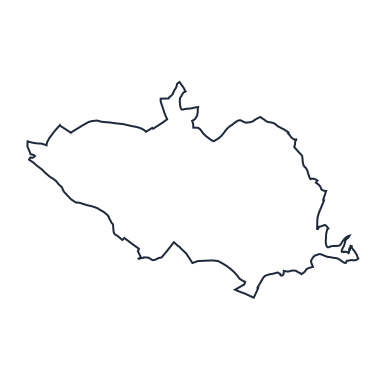 Madaras, Mures, Romania, rotated 355°
{"feature_id": "2599482B13293210118033", "entity_name": "Madaras", "entity_type": "district", "adm_level": 2, "iso_a3": "ROU", "parent_name": "Romania", "parent_adm1": "Mures", "projection": "mercator", "projection_center": [24.418, 46.612], "detail": "fine", "context": "isolated", "style": "outline", "palette": "slate", "viewbox_px": 384, "rotation_deg": 355, "n_neighbors": 0, "source": "geoboundaries", "source_scale": "gbopen_adm2", "svg_char_len": 6054}
<svg xmlns="http://www.w3.org/2000/svg" viewBox="0 0 384 384"><g transform="rotate(355 192 192)"><path d="M293.3,141.3L292.4,140.1L292.0,139.8L290.7,139.0L288.7,137.4L286.8,136.3L284.4,134.7L283.5,134.2L282.3,133.1L281.7,132.3L281.2,132.0L280.9,131.7L279.6,130.6L277.5,129.8L274.4,129.0L273.2,128.6L272.1,128.0L270.8,126.7L270.2,126.1L268.6,125.0L267.8,124.2L267.1,123.6L266.6,123.3L266.3,123.3L265.9,123.4L264.9,123.9L262.9,124.6L262.3,124.9L261.8,125.2L260.7,125.7L260.2,126.0L259.9,126.4L259.5,126.6L256.6,127.5L255.9,127.6L255.1,127.6L254.5,127.5L252.4,127.7L251.3,127.4L250.0,126.9L249.0,126.3L247.4,125.2L246.2,124.7L245.1,124.7L243.1,125.3L240.0,127.0L237.5,128.8L235.6,129.6L234.9,130.1L232.5,132.0L230.6,133.9L228.8,136.0L226.1,138.7L223.8,140.5L222.0,141.4L221.2,141.8L218.5,143.2L218.0,143.3L216.8,142.7L215.6,141.9L212.4,139.0L211.6,138.3L210.7,137.5L208.9,135.4L207.7,133.8L206.7,132.0L205.7,130.4L205.2,129.9L204.3,129.1L203.9,128.8L203.4,128.6L202.4,128.4L198.9,128.0L199.1,125.0L198.8,122.9L198.3,121.1L200.8,120.0L201.6,119.4L202.0,118.6L203.6,116.7L204.0,115.6L204.7,112.7L204.9,110.6L205.1,109.2L205.5,107.9L201.1,108.2L199.9,108.5L196.6,108.7L194.2,108.6L192.6,108.8L192.4,108.7L191.9,108.8L189.6,109.1L189.3,109.1L188.7,108.7L188.1,107.4L187.8,105.2L187.7,104.2L187.7,102.0L187.8,100.1L188.1,98.6L188.0,98.4L188.2,97.6L188.4,97.2L189.4,96.0L191.3,93.2L192.2,92.2L192.7,91.9L194.4,91.3L194.0,90.7L193.2,88.7L192.9,87.9L192.5,87.1L189.1,81.3L188.1,82.0L187.2,82.5L186.7,82.9L186.4,83.3L186.2,84.2L186.1,84.8L185.5,85.9L185.3,86.5L183.3,89.1L182.8,90.1L181.9,91.5L181.5,92.6L179.9,94.1L177.5,95.7L176.9,96.8L168.9,96.3L168.7,98.9L169.0,100.5L171.7,111.9L173.6,117.4L168.2,120.6L158.8,125.6L158.0,124.6L151.4,128.0L150.6,126.9L147.7,124.7L146.0,123.8L143.6,122.8L140.4,121.8L137.7,121.1L129.5,118.4L121.4,116.8L114.9,115.3L113.1,115.1L107.9,114.1L103.5,112.5L97.8,112.7L95.3,113.2L89.2,115.9L76.8,122.1L76.5,122.4L69.4,116.8L67.2,115.1L66.4,114.6L66.2,113.9L60.0,119.8L54.3,126.2L53.3,127.9L52.2,129.4L51.3,131.6L51.2,132.8L46.4,130.7L41.4,130.0L39.7,129.6L35.9,128.5L32.7,127.2L32.1,131.0L32.1,132.5L34.0,138.4L34.5,140.0L34.5,140.3L36.9,141.0L38.7,142.4L37.4,143.5L35.6,144.1L34.3,143.5L33.4,144.1L32.5,145.6L36.5,148.8L39.6,152.1L44.6,156.6L45.4,157.6L46.3,158.8L47.1,159.7L52.0,164.7L53.5,165.7L54.6,166.5L57.2,168.9L58.2,170.1L59.7,172.5L62.5,175.6L62.9,176.3L63.2,177.0L63.5,178.2L63.9,179.3L64.4,180.4L64.7,180.9L68.0,185.1L70.5,188.2L71.1,188.9L73.3,190.7L75.4,192.3L75.8,192.4L77.3,192.5L79.6,193.2L82.4,194.3L85.5,195.7L90.7,197.4L93.0,198.3L94.1,198.8L96.0,199.8L96.9,200.1L97.2,200.3L97.3,200.6L98.4,201.5L102.2,204.1L105.4,207.2L106.2,208.2L106.8,209.4L106.9,209.7L106.9,210.2L107.1,210.7L109.3,215.9L110.4,217.2L110.5,217.6L110.5,218.2L110.5,219.4L110.4,221.2L110.4,222.8L110.5,224.9L110.7,226.0L111.6,227.6L112.7,228.4L113.2,228.6L115.3,230.5L118.4,233.7L120.6,231.9L128.4,239.0L134.2,243.9L133.7,245.1L133.1,245.9L132.9,246.1L135.4,252.6L133.1,253.7L133.4,254.0L134.8,253.6L136.6,253.3L137.4,253.4L137.9,253.3L138.4,252.9L142.9,253.6L145.7,255.7L147.2,256.5L148.1,256.5L149.7,256.2L152.7,255.0L154.1,254.7L155.9,254.6L161.1,249.5L169.6,240.4L173.6,244.8L174.7,245.4L175.2,245.9L175.5,246.6L176.6,248.0L178.2,249.7L180.3,252.1L181.2,253.2L181.9,254.7L183.7,257.9L186.2,262.8L191.9,261.3L205.9,261.9L211.5,262.9L212.5,263.4L216.1,265.8L220.1,268.7L223.8,272.1L226.9,275.4L230.0,279.5L231.8,282.5L232.9,283.4L235.1,285.0L237.1,286.1L236.0,288.7L235.4,288.9L226.4,293.1L230.8,295.5L236.0,297.9L244.3,302.7L249.6,293.5L248.9,293.1L253.3,286.7L255.4,283.8L257.2,282.0L259.7,281.3L261.7,280.8L264.5,280.6L266.9,280.3L269.1,279.8L269.6,279.8L270.2,279.7L270.7,279.8L271.6,280.7L272.0,280.8L272.6,281.2L272.6,281.6L272.9,281.8L272.8,282.3L273.2,282.8L273.6,283.1L274.2,283.1L275.0,282.8L275.7,282.4L276.0,281.6L276.5,279.9L276.6,278.6L279.0,279.3L280.6,279.6L282.1,279.5L283.4,279.2L284.7,279.0L286.4,279.1L287.7,279.3L288.7,279.6L291.6,281.7L292.8,282.3L294.0,283.4L297.2,281.4L298.2,280.3L298.9,279.3L299.7,278.7L301.1,278.1L302.7,277.7L306.0,277.1L304.8,273.3L304.6,272.5L304.6,271.4L304.8,270.5L305.9,268.9L307.0,267.5L308.1,266.6L309.6,265.8L310.2,265.8L310.8,265.7L312.5,265.1L313.8,265.0L314.4,265.1L315.6,265.6L317.0,266.3L318.7,267.2L320.6,268.1L321.6,268.5L323.8,268.9L325.5,269.4L326.6,269.8L329.4,270.3L330.2,270.6L331.4,271.0L332.2,271.5L336.6,275.1L337.8,275.9L338.7,276.1L339.1,276.0L339.5,275.4L339.7,274.8L340.0,274.2L340.4,274.0L342.5,274.0L344.5,273.7L345.0,273.7L345.7,273.8L346.5,274.1L348.9,274.2L350.3,273.8L351.9,272.8L351.3,271.6L350.8,269.4L349.3,266.2L347.3,263.0L346.3,261.7L346.5,260.0L345.2,259.4L344.3,263.0L343.7,262.5L343.1,265.3L342.8,266.4L342.5,266.6L342.2,266.3L342.0,265.7L341.2,265.3L339.5,264.8L338.9,264.8L338.6,265.1L338.0,265.1L337.8,264.8L336.1,264.7L336.0,264.4L336.0,263.4L337.4,260.7L338.5,259.2L339.8,256.2L340.3,254.1L341.5,252.6L343.0,251.3L343.7,251.2L345.1,249.3L343.2,249.7L341.4,250.8L339.7,252.1L337.6,254.4L336.0,256.6L335.1,257.7L334.1,258.2L331.5,258.4L329.4,258.2L327.7,258.1L325.8,258.2L323.0,259.0L322.2,258.8L321.4,257.7L321.0,256.0L320.9,253.0L321.3,250.5L322.0,245.4L323.4,241.2L324.7,240.2L322.7,237.3L322.1,236.7L321.5,236.6L320.9,236.5L317.6,237.5L316.4,237.5L315.5,237.7L314.2,239.9L313.4,239.7L314.2,232.5L314.8,228.5L316.5,224.1L317.6,221.8L319.5,218.3L321.9,213.7L322.8,211.8L322.0,211.3L325.7,202.6L324.7,202.5L323.8,202.3L323.0,202.0L322.0,201.5L321.0,200.5L321.1,200.1L320.1,197.4L319.3,196.3L318.3,195.3L316.2,193.5L318.0,191.5L316.8,190.6L314.7,189.5L312.7,189.2L312.1,189.3L311.9,189.3L311.2,189.5L310.9,189.1L310.6,188.4L310.2,187.4L309.8,185.4L309.2,183.5L308.9,181.2L308.1,179.0L307.7,178.2L306.6,177.1L305.5,175.3L304.9,171.6L305.0,169.0L304.9,165.8L304.5,165.0L300.5,159.9L297.8,156.2L297.9,155.6L298.5,154.4L298.8,153.6L298.9,152.2L299.2,151.0L299.6,150.0L300.5,148.9L300.3,148.6L299.5,148.8L298.4,148.6L296.6,147.2L295.9,146.5L295.0,145.2L294.4,144.0L293.2,142.6L292.7,141.5L293.3,141.3Z" fill="none" stroke="#1e293b" stroke-width="2"/></g></svg>